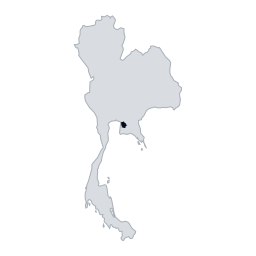 Ban Bueng, Chon Buri, Thailand shown in context
{"feature_id": "78962969B10446742029293", "entity_name": "Ban Bueng", "entity_type": "district", "adm_level": 2, "iso_a3": "THA", "parent_name": "Thailand", "parent_adm1": "Chon Buri", "projection": "natural_earth1", "projection_center": [101.2, 13.24], "detail": "fine", "context": "in_parent", "style": "filled", "palette": "ink", "viewbox_px": 256, "rotation_deg": 0, "n_neighbors": 0, "source": "geoboundaries", "source_scale": "gbopen_adm2", "svg_char_len": 4631}
<svg xmlns="http://www.w3.org/2000/svg" viewBox="0 0 256 256"><path d="M110.0,17.0L110.2,18.1L111.2,16.7L112.5,15.9L115.1,19.1L115.4,20.5L113.5,25.6L113.8,27.3L115.0,28.7L116.5,29.5L118.0,29.3L120.9,27.8L124.0,28.7L123.9,32.1L125.0,37.5L123.4,42.9L121.9,45.6L123.1,48.0L123.2,50.2L120.1,58.7L120.7,59.4L122.7,60.3L123.5,60.0L126.7,56.7L130.2,54.1L131.3,51.9L133.6,51.1L135.6,49.2L140.2,52.6L141.4,52.9L142.0,53.5L142.2,54.9L142.8,55.2L144.7,53.2L147.8,51.9L149.1,49.0L150.6,48.1L150.4,46.7L150.9,46.1L153.5,46.0L157.4,47.5L158.8,47.9L159.4,47.5L165.7,57.0L169.7,60.6L170.7,63.1L169.8,69.4L169.9,73.0L170.8,75.8L172.5,77.7L173.8,80.4L178.5,83.1L178.1,83.8L178.4,85.5L181.3,87.5L181.6,88.1L181.3,90.7L179.9,92.6L179.6,94.2L179.7,96.2L180.4,99.2L179.5,105.3L177.8,107.0L175.5,108.2L174.3,109.9L173.4,109.5L172.9,107.8L170.5,106.8L165.7,107.7L163.3,107.3L160.1,107.9L157.0,107.7L155.1,107.0L149.9,108.3L147.7,109.5L146.1,111.3L143.8,115.8L141.4,118.5L141.4,119.7L138.5,120.4L138.6,124.2L140.3,128.4L140.8,133.6L144.2,137.3L143.5,139.9L143.9,142.5L146.5,148.3L144.7,145.5L144.3,143.6L142.1,140.7L141.4,142.2L138.8,140.0L137.7,137.8L137.3,138.8L134.8,135.7L132.2,134.1L130.7,133.3L127.1,134.4L122.5,133.6L120.7,134.4L120.0,133.9L119.5,133.0L120.8,122.0L116.8,120.7L116.1,119.9L115.2,120.8L111.3,121.2L108.5,123.2L108.1,124.9L109.4,127.9L107.8,133.3L108.3,138.4L108.1,141.2L106.1,144.8L105.6,147.7L103.4,152.0L101.9,157.5L101.5,160.7L98.9,165.6L98.2,168.4L97.3,169.4L97.7,171.6L97.2,178.3L98.9,183.2L98.4,185.5L100.3,186.2L104.6,184.7L106.0,185.1L106.9,187.8L108.0,195.7L109.9,198.2L110.3,197.0L111.2,198.2L111.8,200.6L114.1,213.2L115.3,216.5L113.9,215.6L113.2,211.7L111.9,211.5L112.3,209.0L111.5,208.1L110.2,208.8L110.3,210.8L113.7,217.1L115.8,217.2L118.6,220.0L121.5,222.0L125.2,221.3L127.8,222.0L129.3,223.7L131.7,227.9L135.7,231.4L135.1,233.6L133.5,235.4L132.7,237.8L131.6,238.5L130.2,238.5L128.6,236.5L124.6,238.3L123.8,240.2L122.8,240.6L121.0,238.6L121.2,237.5L122.3,235.8L122.0,231.4L119.6,231.4L118.0,228.1L117.5,227.8L116.4,228.3L112.7,226.8L111.6,224.7L110.5,224.9L109.7,228.4L106.4,223.7L104.2,221.8L104.5,218.3L103.0,217.5L102.3,216.6L102.9,214.5L100.8,214.8L99.8,214.3L98.5,210.5L97.5,209.0L96.1,209.0L95.6,208.3L95.7,206.4L92.3,203.8L91.2,200.8L89.6,199.5L88.5,199.9L87.5,202.0L86.7,201.9L86.0,201.3L85.1,198.3L85.2,193.0L86.3,190.0L86.9,185.1L88.5,180.9L91.8,168.9L92.0,164.2L97.6,157.5L101.4,149.7L102.7,148.6L103.2,147.2L101.2,140.9L100.3,136.6L100.5,135.5L98.1,132.6L97.5,129.2L96.8,128.1L96.6,127.0L97.5,125.1L97.0,117.7L94.4,112.6L89.7,107.9L85.5,101.0L84.9,98.5L84.8,95.0L88.2,92.7L89.6,92.5L90.0,82.1L93.0,80.1L93.6,79.3L93.9,77.5L93.2,76.5L91.3,78.2L90.9,77.8L88.6,71.7L88.1,68.0L78.7,55.5L79.1,53.4L77.8,47.9L76.4,47.9L75.4,46.9L74.4,44.5L76.3,44.8L79.2,43.4L78.8,38.2L80.0,35.1L80.2,30.1L82.5,27.1L82.8,25.7L84.1,25.5L85.7,26.6L87.4,26.6L94.4,25.3L95.4,24.0L95.8,21.2L96.5,20.3L98.1,20.1L99.9,20.6L101.8,19.6L101.5,16.3L104.8,16.9L107.0,15.4L110.0,17.0ZM87.7,203.4L87.2,207.3L85.9,208.1L85.4,205.8L86.2,202.2L86.6,203.0L87.7,203.4ZM109.1,180.6L108.9,182.5L107.7,183.1L107.4,181.0L109.1,180.6ZM138.5,141.7L139.9,144.4L138.3,144.1L137.9,141.5L138.5,141.7ZM103.7,227.2L103.0,226.0L103.6,224.3L104.2,226.4L103.7,227.2ZM89.9,203.8L89.6,206.0L88.9,203.1L89.9,203.8ZM109.2,178.9L108.5,178.7L108.0,177.4L108.8,177.4L109.2,178.9ZM95.7,210.2L96.4,212.7L95.6,211.6L95.7,210.2ZM142.3,148.8L142.0,150.3L141.3,149.7L141.8,148.5L142.3,148.8ZM86.1,188.3L85.3,188.9L86.0,187.4L86.1,188.3Z" fill="#d9dde1" stroke="#a8b0b8" stroke-width="1"/><path d="M123.1,122.9L123.0,123.0L122.9,123.0L123.0,123.1L122.9,123.1L122.8,122.9L122.7,122.8L122.4,122.8L122.3,122.7L122.2,122.7L122.0,122.8L122.2,123.0L121.9,123.1L121.9,123.3L122.0,123.3L122.0,123.5L122.2,123.8L122.2,124.0L122.1,124.3L122.0,124.5L122.1,124.8L122.1,125.0L122.2,125.3L122.3,125.3L122.2,125.4L122.2,125.5L122.3,125.5L122.4,125.8L122.5,125.8L122.8,125.9L123.0,125.9L123.0,126.0L123.2,126.3L123.2,126.5L123.3,126.6L123.5,126.6L123.4,126.7L123.5,126.7L123.5,126.8L123.5,126.7L123.6,126.8L123.8,126.9L123.8,127.0L124.0,127.2L124.6,127.2L124.5,126.9L124.6,126.7L124.5,126.4L124.6,126.1L124.5,125.9L124.9,126.0L124.9,125.9L125.0,125.9L125.2,125.7L125.2,125.8L125.2,125.7L125.3,125.6L125.2,125.4L125.3,125.2L125.4,124.9L125.5,124.9L125.4,124.8L125.4,124.7L125.3,124.4L125.3,124.2L125.2,124.1L125.1,123.9L124.9,123.9L124.7,123.8L124.7,123.7L124.4,123.6L124.2,123.5L124.2,123.4L123.9,123.3L123.9,123.2L123.8,122.9L123.7,122.9L123.6,123.0L123.5,122.9L123.4,123.0L123.4,122.9L123.2,122.9L123.1,123.0L123.1,122.9L123.1,122.9Z" fill="#0f172a" stroke="#020617" stroke-width="1.5"/></svg>